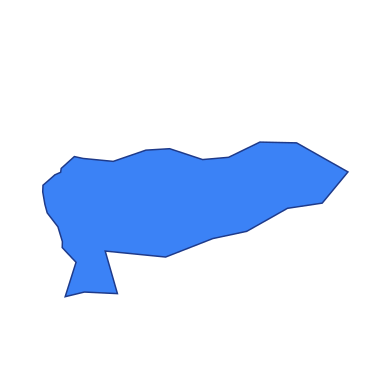 Kampi, Nicosia, Cyprus (Equal Earth projection), rotated 71°
{"feature_id": "46923920B85775694000331", "entity_name": "Kampi", "entity_type": "district", "adm_level": 2, "iso_a3": "CYP", "parent_name": "Cyprus", "parent_adm1": "Nicosia", "projection": "equal_earth", "projection_center": [33.124, 34.908], "detail": "fine", "context": "isolated", "style": "filled", "palette": "blue", "viewbox_px": 384, "rotation_deg": 71, "n_neighbors": 0, "source": "geoboundaries", "source_scale": "gbopen_adm2", "svg_char_len": 610}
<svg xmlns="http://www.w3.org/2000/svg" viewBox="0 0 384 384"><g transform="rotate(71 192 192)"><path d="M223.8,38.0L179.6,77.1L166.9,111.6L171.1,146.1L164.8,171.4L143.8,199.0L137.4,222.0L137.4,256.5L124.8,284.1L120.2,291.7L127.1,308.0L130.6,309.8L131.1,316.0L137.1,330.7L143.3,333.1L155.7,335.1L164.6,335.7L181.3,330.1L196.7,330.7L202.3,332.8L210.2,329.3L212.7,328.1L215.1,327.1L220.7,324.5L220.8,324.6L249.7,346.0L251.5,326.9L251.6,326.4L251.6,326.2L263.8,295.6L219.6,293.3L244.9,238.1L242.8,187.5L247.0,153.0L238.5,107.0L244.9,72.5L223.8,38.0Z" fill="#3b82f6" stroke="#1e3a8a" stroke-width="1.5"/></g></svg>